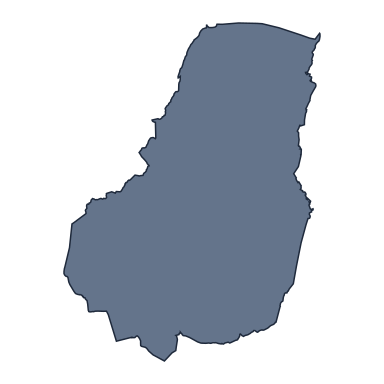 outline of Nahuatzen, Michoacán, Mexico
{"feature_id": "50627088B19576991681559", "entity_name": "Nahuatzen", "entity_type": "district", "adm_level": 2, "iso_a3": "MEX", "parent_name": "Mexico", "parent_adm1": "Michoacán", "projection": "equal_earth", "projection_center": [-101.891, 19.65], "detail": "fine", "context": "isolated", "style": "filled", "palette": "slate", "viewbox_px": 384, "rotation_deg": 0, "n_neighbors": 0, "source": "geoboundaries", "source_scale": "gbopen_adm2", "svg_char_len": 5910}
<svg xmlns="http://www.w3.org/2000/svg" viewBox="0 0 384 384"><path d="M293.3,283.8L296.5,265.8L301.1,242.8L306.0,224.8L308.0,218.5L309.2,218.4L309.9,217.8L310.2,216.1L309.3,214.3L309.5,212.9L311.6,211.9L311.4,210.7L313.1,209.8L313.0,208.8L311.3,209.4L310.3,208.9L309.0,205.2L309.2,204.4L309.8,204.1L309.2,202.1L310.2,202.5L310.6,201.2L308.2,198.9L307.4,199.7L306.3,198.9L307.4,198.2L306.2,197.2L305.3,195.3L305.6,195.3L305.9,194.8L305.9,193.7L305.2,192.5L304.7,192.0L304.0,192.2L302.5,191.6L302.6,190.7L300.3,189.5L301.1,188.2L301.0,186.1L301.2,185.8L298.8,181.9L298.0,182.6L296.7,180.5L295.9,178.7L296.3,177.9L293.7,173.7L298.4,166.6L300.8,156.2L300.7,154.7L301.1,154.7L301.2,151.8L301.3,150.3L301.3,149.3L300.4,149.0L300.6,148.9L300.7,148.5L299.5,146.2L298.7,146.2L298.4,145.7L299.1,139.7L298.6,136.1L298.6,132.7L297.3,131.1L298.8,128.1L299.8,125.3L300.5,125.4L300.7,125.9L304.4,124.7L304.5,120.0L305.6,113.3L306.5,111.6L306.2,110.9L305.9,111.1L306.8,109.9L306.1,109.3L305.8,108.9L307.3,105.9L308.4,103.4L310.0,100.5L309.9,99.8L310.7,95.5L313.1,91.1L315.7,86.7L315.9,85.5L315.6,83.9L313.8,82.6L313.2,82.6L311.6,81.8L311.4,80.8L311.0,81.5L310.5,81.3L310.1,80.5L311.2,79.0L311.6,78.0L311.5,77.0L309.5,76.2L310.1,74.2L308.6,73.8L307.9,73.2L307.7,73.3L307.3,74.5L307.0,74.6L306.8,74.0L306.5,74.1L305.8,73.4L305.5,72.4L307.5,72.1L309.0,69.2L309.2,67.8L310.5,65.8L311.4,64.8L311.7,64.3L312.1,63.1L311.9,61.9L311.9,61.4L312.4,60.4L311.8,59.6L311.8,59.0L313.3,54.8L313.2,54.1L312.4,53.1L312.2,52.6L312.2,52.1L312.7,51.4L314.3,49.7L314.4,48.9L315.0,48.3L315.4,46.9L315.2,46.0L315.3,45.5L316.4,43.4L317.3,42.5L318.1,41.6L318.7,41.3L319.4,39.8L320.0,36.5L320.0,35.3L319.9,34.6L320.0,34.0L319.6,33.3L315.1,39.2L309.8,38.2L300.8,35.0L279.0,27.8L262.1,23.7L257.0,23.4L238.5,23.0L222.4,24.3L217.0,24.2L216.3,26.2L215.0,27.1L212.9,27.5L210.9,27.6L208.9,27.5L207.1,25.8L206.6,24.6L206.5,26.3L206.6,27.4L206.3,27.9L205.4,28.0L202.7,29.0L200.8,31.0L199.6,33.1L199.1,35.3L198.2,36.5L196.8,37.9L194.0,40.0L193.9,40.6L193.5,41.3L192.9,42.0L192.0,43.5L191.3,44.1L190.8,44.7L189.8,46.8L188.6,48.6L187.2,51.9L186.9,52.9L186.6,55.2L185.3,56.8L184.6,59.1L184.5,59.8L184.0,60.2L183.8,60.7L182.8,64.6L182.0,67.0L181.5,67.9L180.5,68.7L179.8,70.7L179.7,71.8L178.6,74.8L178.0,76.9L178.2,77.9L180.3,76.4L180.2,79.9L179.9,81.3L179.1,82.6L178.8,84.2L178.6,90.7L177.9,91.4L177.4,91.7L176.1,91.6L175.5,92.0L174.0,94.0L173.9,95.0L173.7,95.6L172.0,97.8L171.4,99.4L170.9,100.0L170.7,101.8L169.9,102.3L169.5,102.7L169.2,103.2L168.7,103.6L168.6,104.5L168.4,104.8L166.9,105.9L165.2,108.4L165.2,109.0L165.5,109.5L165.6,110.3L165.6,111.0L165.3,111.6L165.3,112.0L165.6,112.8L165.1,115.1L164.8,115.3L164.1,115.4L164.0,115.9L163.1,116.7L162.4,116.8L161.7,118.2L160.1,119.2L159.1,119.3L158.0,118.7L152.1,120.0L152.2,120.6L152.8,121.4L154.5,122.2L155.4,122.3L155.8,137.9L155.3,138.7L153.5,137.6L152.3,137.6L150.7,138.0L150.2,138.5L148.6,140.9L147.7,143.9L147.0,144.8L145.8,147.4L144.1,148.0L143.2,147.8L142.0,148.2L141.8,148.5L141.5,149.6L140.4,150.8L139.6,152.0L139.1,152.5L141.1,155.6L141.5,156.5L144.9,160.1L146.8,162.4L147.2,163.7L148.9,165.3L149.1,165.8L148.3,166.0L147.8,166.6L147.2,168.7L146.3,169.9L146.4,170.8L145.4,172.1L143.7,173.4L143.0,175.4L140.7,175.6L139.1,176.0L138.4,175.7L135.0,175.1L130.3,179.8L130.0,179.9L129.5,180.3L128.8,180.1L128.0,180.7L126.9,182.4L126.1,182.5L125.8,183.0L125.6,183.0L125.4,183.8L125.0,183.9L124.9,185.0L124.5,185.5L124.3,186.3L123.9,186.9L123.1,187.6L122.3,189.3L120.9,191.4L119.9,191.8L116.3,191.5L115.3,193.1L111.7,191.8L106.9,193.3L106.4,193.6L106.5,194.1L106.2,195.5L106.6,197.3L106.2,198.0L105.5,198.6L104.9,198.6L103.8,198.3L103.1,198.9L102.4,199.1L101.3,198.5L100.4,198.5L97.6,199.7L96.5,199.6L95.6,199.8L94.7,199.5L93.9,198.9L93.3,198.9L92.6,198.6L92.4,199.0L91.6,199.4L91.1,200.3L90.9,201.5L90.6,202.3L89.6,203.0L89.1,203.1L88.7,204.2L87.4,204.1L86.7,205.1L86.6,206.2L86.8,207.7L86.8,208.5L85.6,209.8L85.4,210.6L85.9,212.0L86.0,213.6L73.3,223.1L72.0,223.9L69.5,247.7L65.0,266.5L64.4,268.6L64.0,271.4L64.0,273.6L64.6,274.9L65.4,275.8L66.2,276.4L67.0,276.4L67.9,277.3L68.8,282.0L69.9,284.6L73.9,291.3L75.5,293.5L77.4,294.3L79.6,294.8L79.9,294.6L80.1,294.8L80.9,294.8L81.3,295.1L81.7,295.2L82.2,295.5L82.6,296.6L82.8,296.7L83.2,296.6L83.2,296.9L83.8,297.7L84.7,297.7L85.0,297.8L85.4,299.0L85.8,299.3L86.0,299.7L87.0,300.5L87.7,304.1L88.3,310.4L88.6,310.8L88.7,311.5L89.4,311.8L90.5,311.9L92.6,311.6L92.9,311.5L93.6,311.7L95.2,311.2L98.0,311.1L103.2,311.3L106.5,311.2L108.3,314.7L116.4,341.2L131.6,337.3L131.5,337.7L134.8,337.6L136.4,336.1L137.3,335.9L138.5,337.0L139.7,338.9L140.6,340.9L140.6,343.4L140.7,345.6L141.5,346.3L145.3,347.3L146.7,348.3L148.7,351.0L153.1,354.9L164.4,361.0L172.1,352.8L175.8,350.6L176.2,347.4L177.4,339.7L177.3,339.0L176.6,336.2L176.4,335.8L175.9,335.4L179.0,334.6L179.2,333.5L180.1,332.8L180.4,333.0L180.4,332.2L181.4,333.5L182.1,334.1L182.3,334.7L183.2,335.6L185.7,335.9L189.6,337.5L197.6,341.9L201.0,343.1L205.6,343.3L208.8,343.0L210.5,343.3L211.6,343.1L212.8,342.7L215.3,342.8L215.7,342.6L218.4,343.5L220.9,343.9L221.5,343.9L221.9,343.5L223.1,344.1L223.7,343.9L225.0,343.0L227.7,342.3L228.5,342.3L229.6,343.0L230.1,342.9L235.7,340.3L237.1,340.0L237.8,339.5L237.9,338.9L238.3,338.5L239.0,337.4L239.7,335.9L239.8,334.4L240.2,334.0L240.5,334.0L242.1,335.7L243.6,336.4L243.9,336.1L245.3,335.4L247.8,334.8L250.4,333.3L251.3,332.4L252.9,331.7L253.3,331.3L253.6,330.6L253.8,330.5L255.0,330.6L256.8,332.0L257.7,332.2L259.5,330.7L259.9,330.5L262.0,329.9L262.9,330.2L264.0,330.0L267.0,328.5L268.6,327.5L269.4,326.6L270.9,325.5L273.7,324.3L275.0,323.0L275.3,322.3L276.0,322.2L280.1,306.6L280.3,306.3L280.0,305.5L280.3,304.6L280.4,303.6L280.8,302.8L281.7,301.7L282.5,301.4L282.9,300.9L283.3,297.6L283.8,295.8L284.3,295.0L284.4,293.9L285.1,293.1L285.5,292.9L286.9,292.9L287.5,291.5L287.7,291.2L288.2,291.1L289.2,289.0L293.3,283.8Z" fill="#64748b" stroke="#1e293b" stroke-width="1.5"/></svg>